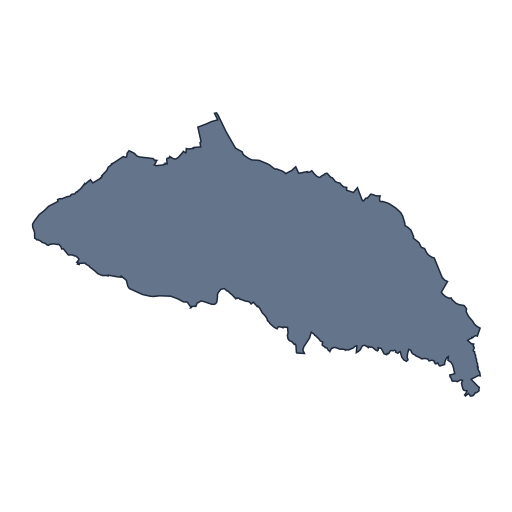 Martinis, Harghita, Romania, rotated 89°
{"feature_id": "2599482B98292764563542", "entity_name": "Martinis", "entity_type": "district", "adm_level": 2, "iso_a3": "ROU", "parent_name": "Romania", "parent_adm1": "Harghita", "projection": "orthographic", "projection_center": [25.42, 46.235], "detail": "fine", "context": "isolated", "style": "filled", "palette": "slate", "viewbox_px": 512, "rotation_deg": 89, "n_neighbors": 0, "source": "geoboundaries", "source_scale": "gbopen_adm2", "svg_char_len": 6041}
<svg xmlns="http://www.w3.org/2000/svg" viewBox="0 0 512 512"><g transform="rotate(89 256 256)"><path d="M235.3,475.4L236.0,475.0L236.0,474.0L236.5,472.5L237.5,470.8L238.7,469.6L239.2,467.7L239.9,466.2L241.3,464.8L241.7,463.4L240.7,461.6L240.3,458.1L241.0,454.5L241.0,452.8L243.0,451.0L245.6,450.2L245.3,448.6L251.7,443.6L251.7,440.5L251.9,439.2L252.7,437.7L253.0,435.9L255.8,433.1L256.8,433.4L259.1,435.2L259.3,434.2L261.0,434.7L261.4,432.9L260.3,432.8L260.1,427.0L261.2,426.2L263.0,423.0L263.9,422.6L268.1,417.4L270.8,414.6L272.3,411.4L272.7,409.7L272.9,409.6L272.9,406.1L273.3,404.1L272.6,404.1L274.4,394.9L274.8,391.5L274.8,390.7L274.0,390.9L274.3,390.4L278.1,386.0L283.9,384.7L286.3,383.2L292.5,370.2L294.4,362.4L294.7,359.2L294.1,353.0L294.7,341.9L297.5,334.9L300.6,329.4L300.8,325.6L305.9,322.1L306.7,322.4L306.4,321.5L305.3,321.1L305.3,317.0L302.2,315.8L300.0,311.6L300.9,308.2L303.5,301.1L303.6,298.6L303.0,297.2L301.4,296.0L295.9,295.2L294.1,295.3L292.1,294.5L288.7,291.7L288.0,288.3L290.5,285.5L290.8,284.2L292.1,283.3L294.4,280.6L298.4,277.0L297.8,276.6L298.1,275.7L297.6,275.1L297.7,274.5L298.5,272.9L299.0,272.8L299.6,270.4L300.8,267.8L301.5,264.1L302.2,263.0L303.9,261.7L302.1,259.5L306.6,255.6L306.1,255.1L308.0,253.3L313.3,250.5L315.6,248.2L318.6,246.2L320.7,245.7L322.6,243.9L323.9,243.1L327.5,239.2L329.2,236.2L327.0,234.8L327.7,231.3L328.3,230.2L327.5,229.8L328.0,225.7L333.6,225.3L335.8,226.0L339.2,225.5L341.0,224.3L342.3,221.7L345.1,219.2L344.7,218.5L346.0,217.6L353.1,217.3L353.7,216.8L354.3,209.2L351.0,210.8L347.6,209.8L339.1,204.0L333.2,202.1L335.1,199.4L336.4,198.6L336.7,197.6L337.3,197.4L339.8,194.7L342.0,193.2L343.2,190.9L343.9,190.8L345.1,191.4L346.5,191.2L347.8,189.1L348.9,188.3L348.9,187.4L349.3,186.6L351.6,185.3L352.3,184.3L352.3,183.8L352.6,183.7L350.0,182.3L349.4,181.5L349.6,181.0L348.8,179.9L348.8,178.9L349.7,175.7L350.6,174.2L350.5,172.9L350.8,171.7L350.6,170.9L350.7,170.3L351.3,168.5L351.8,168.3L351.2,167.1L351.6,165.5L351.2,164.2L349.6,160.2L348.1,158.7L347.6,157.6L347.6,156.7L354.4,157.4L352.9,154.9L351.6,153.4L347.6,151.2L347.2,148.8L348.4,146.9L348.3,146.4L349.6,145.4L348.5,144.6L349.3,143.1L349.0,142.0L349.7,140.7L352.1,138.0L353.0,136.3L352.0,135.3L349.9,135.6L350.6,132.4L356.0,129.7L357.0,127.0L355.9,126.5L355.7,126.0L356.0,125.7L356.0,125.3L355.7,124.9L353.3,123.5L352.9,122.8L353.2,120.5L352.7,119.6L352.7,118.9L353.5,118.0L354.5,118.1L355.7,115.9L354.2,114.1L354.1,113.5L359.7,112.0L362.5,110.0L363.9,107.4L362.5,105.8L360.0,106.7L356.5,106.2L352.0,105.0L353.0,102.8L355.2,102.1L356.1,101.4L356.9,100.5L357.7,98.6L358.4,98.3L358.9,97.5L359.8,95.2L361.8,92.0L361.4,89.6L361.9,86.2L363.9,84.8L363.3,82.2L363.8,79.9L365.1,79.6L365.3,79.1L366.3,79.1L366.9,78.6L367.0,77.9L366.1,76.2L368.5,74.9L369.2,74.1L367.8,69.3L366.0,69.2L362.8,68.1L360.3,66.3L359.9,65.4L363.6,65.9L365.7,62.9L368.1,61.5L370.0,60.8L377.0,59.4L377.9,62.0L378.2,64.2L380.0,64.2L381.1,63.3L384.2,62.2L384.6,61.6L384.5,58.8L385.2,57.0L383.5,53.6L383.9,51.7L387.0,52.8L392.3,51.5L393.4,51.0L394.0,50.2L394.5,47.4L396.8,48.4L398.6,49.9L399.6,49.0L397.2,45.9L399.8,44.0L399.7,42.2L399.3,41.3L398.7,41.1L398.6,40.5L396.4,39.1L396.6,38.4L396.3,37.6L394.6,35.3L393.8,35.6L391.3,35.0L390.1,36.5L383.0,43.1L379.5,35.9L379.4,34.6L379.8,34.2L379.8,33.9L376.1,34.4L374.0,35.6L372.4,36.1L371.9,35.9L371.8,36.3L370.8,35.9L370.4,36.7L369.8,36.3L367.4,36.4L365.6,37.3L363.3,37.3L360.5,38.3L359.6,38.1L358.7,38.3L357.3,39.1L355.5,39.1L355.1,40.0L354.5,40.4L353.3,40.2L352.3,39.5L350.5,39.7L350.1,40.2L349.0,40.3L347.9,39.8L347.6,40.6L347.7,41.9L345.1,44.7L344.2,45.9L342.9,44.2L342.0,41.7L341.2,41.7L341.3,40.4L340.2,39.4L339.4,37.4L340.0,36.1L332.0,33.2L330.4,36.1L328.0,38.8L325.1,40.4L320.1,44.5L315.4,46.8L312.4,46.4L309.7,48.3L309.1,48.9L308.2,53.7L306.7,57.0L303.2,60.6L301.3,61.6L301.6,63.5L300.0,67.1L297.2,70.1L295.4,71.3L284.8,64.9L283.5,67.7L281.5,69.4L281.3,70.0L261.1,77.8L260.2,80.4L257.9,83.7L255.8,85.3L251.5,87.3L250.2,90.6L245.4,92.9L241.0,98.3L239.2,98.1L233.0,100.5L230.1,103.5L228.2,106.5L225.6,106.7L218.7,108.6L215.3,110.4L210.5,115.4L206.3,121.5L205.3,123.5L203.7,128.4L203.7,130.7L203.0,131.3L200.4,131.5L198.1,130.8L197.9,135.4L197.2,136.5L196.1,140.1L199.3,142.9L200.1,144.0L200.1,145.2L202.6,147.3L202.9,148.2L201.1,149.2L189.5,153.4L194.2,157.5L191.8,164.3L189.0,164.1L188.6,166.6L188.1,167.6L186.4,169.4L184.6,170.8L183.8,173.7L183.0,175.3L179.3,178.1L178.8,179.1L178.8,179.8L174.6,183.4L174.5,184.0L175.0,185.7L175.9,186.4L176.8,188.6L178.4,190.5L178.4,191.9L177.1,194.1L174.7,196.5L171.7,198.7L173.3,201.3L173.1,203.2L172.5,203.1L173.4,208.3L173.9,208.8L173.6,210.1L174.0,211.9L167.5,214.7L170.2,217.9L170.9,218.3L174.2,225.1L173.3,225.6L171.6,228.1L169.3,233.9L169.4,235.7L165.2,240.9L164.0,243.0L160.4,251.3L159.9,258.3L158.5,261.4L155.3,265.9L153.6,267.4L151.7,267.9L147.8,274.6L131.3,283.7L114.7,291.4L112.2,293.0L112.6,295.0L119.2,291.9L120.8,298.1L123.2,303.6L126.1,311.9L140.3,309.0L140.9,309.0L141.7,310.0L146.0,309.4L146.3,315.5L146.6,316.8L147.3,316.6L147.7,320.0L147.7,322.3L147.3,323.8L151.5,324.2L151.5,324.8L150.1,326.8L151.3,327.6L156.2,332.1L157.7,334.7L157.2,337.1L155.0,340.5L156.1,340.7L156.0,341.1L156.6,341.3L156.5,342.2L156.9,343.3L158.0,343.6L162.3,343.2L161.6,345.2L162.8,345.4L162.7,346.6L163.3,347.0L163.9,354.1L163.8,354.8L163.1,355.5L163.1,356.1L160.9,354.5L159.1,354.0L158.7,353.5L158.4,355.3L158.7,355.5L156.8,357.1L154.9,370.9L154.0,373.3L151.2,375.8L148.5,381.1L151.1,383.1L154.0,383.4L155.1,384.4L154.3,387.1L160.2,396.3L161.4,398.9L162.0,398.6L164.6,402.2L168.0,403.8L173.1,408.9L174.0,408.5L175.0,410.0L175.4,409.8L180.1,417.9L176.8,420.2L178.3,421.7L178.1,421.9L181.4,425.9L180.7,426.1L185.7,430.1L186.7,431.3L187.2,432.3L188.8,433.5L188.7,434.2L189.1,434.8L190.8,436.3L191.0,439.0L191.5,439.9L192.5,440.3L193.0,441.2L193.3,443.6L195.4,449.1L195.2,450.1L195.5,451.9L196.1,453.4L198.0,453.1L202.6,462.4L207.0,467.0L210.7,471.9L217.1,476.9L220.2,478.8L223.2,478.8L228.4,477.0L234.3,477.0L235.3,475.4Z" fill="#64748b" stroke="#1e293b" stroke-width="1.5"/></g></svg>